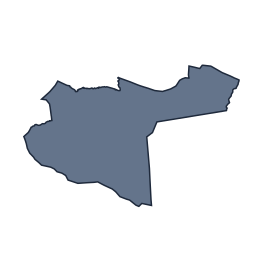 outline of Kimiti, Sila, Chad, rotated 280°
{"feature_id": "50815135B66817745888418", "entity_name": "Kimiti", "entity_type": "district", "adm_level": 2, "iso_a3": "TCD", "parent_name": "Chad", "parent_adm1": "Sila", "projection": "equal_earth", "projection_center": [22.332, 11.896], "detail": "fine", "context": "isolated", "style": "filled", "palette": "slate", "viewbox_px": 256, "rotation_deg": 280, "n_neighbors": 0, "source": "geoboundaries", "source_scale": "gbopen_adm2", "svg_char_len": 4300}
<svg xmlns="http://www.w3.org/2000/svg" viewBox="0 0 256 256"><g transform="rotate(280 128 128)"><path d="M76.4,49.3L76.0,58.8L74.9,62.5L72.6,65.7L72.1,70.6L70.4,74.9L66.3,78.0L64.8,88.2L66.9,96.7L68.6,104.0L69.7,107.5L68.3,111.8L67.4,114.7L66.4,118.5L65.2,123.1L63.1,126.9L59.0,132.0L57.7,138.7L57.3,142.1L53.4,149.2L52.7,152.2L52.7,152.3L56.1,154.7L55.8,164.6L61.4,163.1L79.6,158.9L92.0,156.1L122.5,148.0L127.8,152.9L139.0,155.4L162.2,221.8L162.3,221.8L162.7,222.0L162.8,222.0L163.4,221.8L163.6,221.9L164.2,222.0L164.5,222.1L164.8,222.2L165.0,221.6L165.9,221.1L166.4,221.1L166.8,221.1L169.3,222.5L170.0,223.2L170.6,223.5L170.9,223.5L171.0,223.4L171.2,223.2L171.8,222.9L173.4,222.2L173.8,222.2L174.0,222.2L175.5,222.9L177.0,223.8L177.4,224.0L178.5,224.0L179.4,224.0L179.5,224.0L180.4,224.5L180.6,224.5L181.1,224.8L181.7,224.9L183.5,224.6L183.9,224.7L184.3,224.9L185.1,225.7L185.2,225.9L185.3,226.2L185.4,226.5L185.5,226.8L185.6,227.2L185.8,227.4L186.2,227.7L186.4,227.7L186.7,227.6L190.0,228.8L192.3,228.8L192.8,229.1L193.8,229.0L194.5,229.1L194.8,228.2L194.9,227.9L195.8,223.7L196.4,221.9L196.4,221.6L196.9,220.0L198.3,213.8L198.6,212.5L198.8,211.4L200.1,207.8L203.1,199.5L203.1,199.4L203.3,198.7L203.0,193.8L202.8,190.8L202.6,190.2L201.4,189.6L200.5,189.1L199.1,188.4L199.1,186.9L199.4,182.7L199.6,178.1L199.6,177.3L197.2,177.6L190.8,178.3L187.9,179.3L187.7,179.3L187.4,175.6L186.3,173.8L186.2,173.5L185.9,173.0L185.6,172.6L183.9,170.6L182.5,170.0L178.7,168.4L178.4,168.2L177.7,167.9L177.4,167.6L174.1,163.5L174.0,163.4L173.7,162.9L171.4,158.5L170.6,156.8L170.5,156.7L170.3,156.3L170.0,155.7L169.8,152.9L169.6,149.4L169.6,148.9L169.5,148.0L170.2,143.5L170.6,141.1L171.2,136.2L171.7,132.6L172.2,129.8L173.8,122.2L175.7,111.3L175.7,111.1L176.1,109.7L175.6,109.3L175.3,109.5L174.8,110.7L174.4,111.1L173.2,110.7L172.8,110.1L172.7,110.0L172.5,109.9L172.1,110.2L171.9,110.6L170.3,111.2L169.7,111.3L169.4,111.2L169.1,110.9L168.7,110.9L167.1,111.8L166.9,112.0L166.6,112.3L166.4,112.7L166.3,112.9L165.9,113.2L164.4,113.7L163.5,113.6L163.4,113.4L163.3,112.8L163.2,112.2L163.3,111.2L163.6,110.4L163.7,110.0L163.5,109.9L163.4,108.9L163.5,108.7L163.9,108.6L164.0,108.6L164.1,108.4L164.2,107.0L164.2,106.7L164.4,105.5L164.7,102.2L164.8,101.3L164.8,100.9L164.9,100.2L164.9,99.9L164.6,99.3L164.6,99.2L164.4,98.9L164.5,98.0L164.6,97.6L164.4,97.2L164.2,96.8L164.0,95.6L163.9,95.3L163.5,94.7L163.3,94.5L163.2,94.3L163.1,94.1L163.2,93.8L163.3,93.4L163.1,92.1L162.9,92.0L162.5,92.4L162.4,92.4L162.2,92.3L162.1,92.2L162.1,91.8L162.2,91.7L162.4,91.1L161.8,90.2L161.2,89.3L161.2,89.2L161.5,88.6L161.5,88.4L161.5,88.0L161.5,87.9L160.9,87.6L160.8,87.4L160.7,87.2L160.6,86.7L160.8,86.1L161.0,85.9L161.1,85.7L161.1,85.4L160.7,84.8L160.6,84.6L160.0,83.3L160.0,83.1L160.0,82.9L159.9,82.0L159.9,81.6L160.0,81.1L159.6,80.7L159.9,80.0L159.7,79.5L159.7,79.2L159.6,78.7L159.4,77.9L159.4,77.7L160.0,77.7L160.1,77.4L160.2,77.2L159.9,76.5L159.7,76.1L159.3,75.8L159.2,75.8L158.9,75.6L158.7,75.2L158.5,74.7L158.3,74.0L158.1,74.0L157.8,73.8L157.7,73.7L157.6,73.3L157.5,72.7L156.6,71.8L156.4,71.7L156.3,71.8L156.2,72.2L155.3,71.9L155.2,71.8L154.7,70.3L154.9,70.0L155.0,69.8L155.3,69.8L156.1,69.0L156.3,68.8L156.4,68.7L156.5,68.4L156.6,67.9L156.7,67.7L156.9,67.1L157.2,66.2L157.7,65.1L158.4,64.4L158.5,63.6L158.8,63.4L159.0,63.4L159.4,63.2L159.4,62.7L159.4,62.3L159.4,62.0L159.4,60.5L160.9,54.8L161.8,51.5L161.8,51.4L162.0,50.7L157.4,49.0L150.5,44.9L150.4,44.9L150.1,44.6L149.1,43.9L143.3,39.4L143.1,39.2L141.4,37.9L141.5,42.4L141.5,42.6L141.4,42.7L138.1,46.5L134.9,47.7L127.6,50.0L127.3,50.1L126.9,50.2L126.5,50.4L122.2,51.7L122.0,51.0L122.0,50.9L121.9,50.8L121.7,50.6L121.5,50.3L121.5,49.4L120.8,49.1L120.7,48.9L120.7,48.6L120.6,47.9L120.5,47.7L119.4,46.3L118.5,45.9L118.1,45.5L118.0,45.4L117.5,44.3L117.5,44.2L117.5,43.8L117.5,43.6L117.5,43.4L117.4,43.1L117.2,42.7L116.9,42.4L116.2,41.7L115.6,41.0L115.4,40.3L115.3,40.1L115.2,40.0L115.2,39.9L115.1,39.4L115.1,38.9L115.2,38.6L115.3,38.0L115.3,37.9L115.4,37.5L115.5,37.3L115.4,36.5L114.9,35.7L114.6,35.6L114.0,35.5L113.7,35.0L113.4,34.2L113.1,33.8L112.5,33.3L112.2,33.1L112.0,32.9L111.9,32.5L108.9,31.6L106.3,30.6L101.5,26.9L98.7,28.6L95.1,30.5L90.5,32.4L86.2,35.6L82.8,40.2L81.3,41.5L80.9,42.0L80.2,43.2L78.6,46.0L76.4,49.3Z" fill="#64748b" stroke="#1e293b" stroke-width="1.5"/></g></svg>